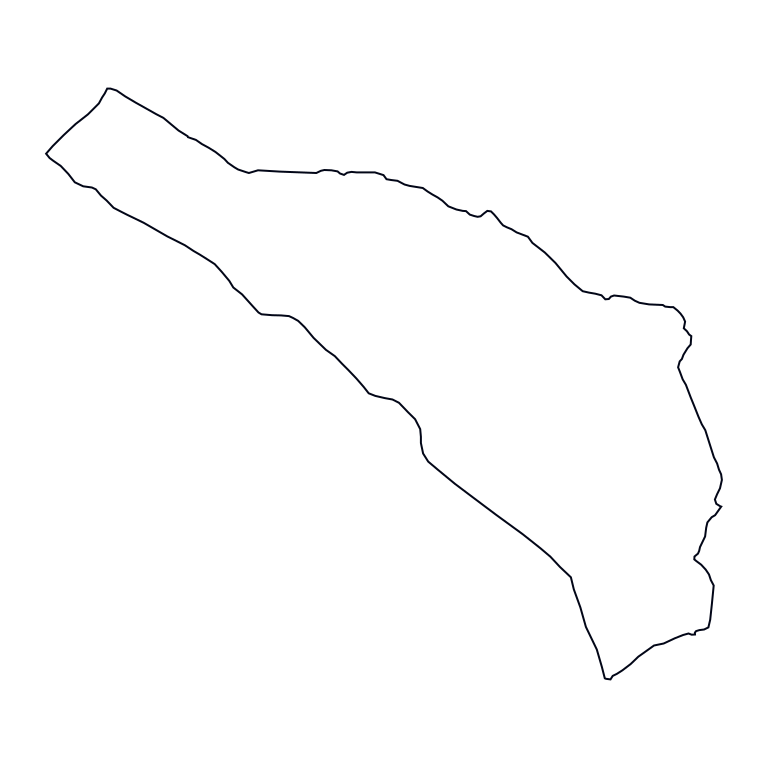 outline of Gällivare, Norrbotten, Sweden
{"feature_id": "70781695B62555588892194", "entity_name": "Gällivare", "entity_type": "district", "adm_level": 2, "iso_a3": "SWE", "parent_name": "Sweden", "parent_adm1": "Norrbotten", "projection": "mercator", "projection_center": [20.036, 67.205], "detail": "fine", "context": "isolated", "style": "outline", "palette": "ink", "viewbox_px": 768, "rotation_deg": 0, "n_neighbors": 0, "source": "geoboundaries", "source_scale": "gbopen_adm2", "svg_char_len": 2963}
<svg xmlns="http://www.w3.org/2000/svg" viewBox="0 0 768 768"><path d="M187.6,136.2L178.5,130.5L163.4,117.9L156.1,114.1L136.0,102.8L125.2,96.4L116.6,90.5L110.5,88.6L107.2,88.6L104.8,93.4L102.1,97.5L98.9,103.4L87.9,114.4L75.5,124.1L63.7,135.1L52.7,146.1L46.1,153.7L49.6,158.0L53.3,160.8L60.8,166.0L68.3,173.9L74.8,182.3L83.2,186.3L91.9,187.5L95.8,189.3L101.0,195.6L106.6,200.5L113.6,207.8L121.1,211.7L127.6,215.0L132.0,217.1L143.9,222.9L167.3,236.4L184.8,245.2L193.6,251.0L199.8,254.6L207.4,259.4L214.7,264.1L221.7,271.8L229.3,280.9L233.3,287.5L242.1,294.4L253.0,306.5L258.5,312.5L261.5,314.3L272.2,315.2L280.9,315.4L289.0,316.1L292.9,317.9L298.2,320.9L304.8,327.3L313.6,337.9L326.0,349.9L334.8,356.1L342.1,363.8L348.3,370.0L356.3,378.4L363.6,386.8L368.7,393.3L375.3,395.9L384.8,398.1L392.5,399.5L399.0,402.8L408.1,412.3L415.1,419.2L420.2,429.1L420.9,436.8L420.9,443.0L423.1,453.5L428.2,461.6L437.7,469.6L454.9,483.8L472.4,497.0L495.7,514.5L522.7,534.2L540.6,548.4L550.5,556.8L560.0,567.0L570.9,577.3L573.8,589.3L580.4,607.5L585.9,626.9L596.8,649.5L601.9,667.0L604.8,678.3L606.0,678.8L610.5,679.4L612.7,675.9L616.8,673.9L622.3,670.4L630.7,664.0L638.3,656.7L654.0,645.5L663.7,643.5L674.8,638.3L683.1,635.0L688.5,633.5L691.7,634.7L695.0,634.5L694.9,632.6L696.1,631.1L699.4,630.1L704.1,629.5L708.4,627.4L710.2,619.7L711.9,603.9L713.7,585.5L710.9,580.2L709.0,574.5L705.7,569.6L701.2,564.7L696.5,561.2L694.3,559.4L694.5,556.5L698.0,553.6L699.2,550.8L700.0,547.1L705.1,536.5L706.2,527.7L707.4,522.4L711.7,517.2L715.1,515.2L721.2,506.6L720.3,506.3L716.3,503.8L714.9,499.5L717.1,494.2L720.0,488.3L721.9,479.9L721.1,474.3L719.0,469.7L717.1,463.5L713.9,457.3L705.3,430.2L701.8,424.3L698.5,416.8L694.0,405.5L690.7,397.4L685.9,384.8L682.7,379.4L680.0,372.1L678.1,367.3L679.7,361.4L681.9,359.0L683.5,354.7L687.5,348.2L690.7,344.5L691.0,339.9L691.3,336.1L689.1,334.5L687.0,331.3L683.8,328.3L684.6,324.3L685.1,321.6L683.2,317.3L680.5,313.6L677.6,310.6L673.3,307.1L670.0,307.1L665.2,306.6L662.8,305.0L649.1,304.4L639.4,302.8L634.8,300.7L630.3,297.7L623.8,296.6L614.1,295.5L610.9,296.6L608.8,299.0L605.3,299.3L601.5,295.3L595.3,293.7L588.9,292.6L582.7,291.2L579.2,288.3L574.4,284.3L566.6,276.5L555.5,263.0L544.8,252.5L532.4,242.9L527.9,236.7L516.6,232.4L511.5,229.2L506.9,227.3L503.1,225.4L500.7,222.7L497.0,217.9L494.0,214.4L491.0,211.4L487.3,210.9L484.1,213.3L480.6,216.3L477.6,216.8L474.1,216.0L469.8,214.6L466.0,211.1L462.8,210.9L456.4,209.5L448.3,206.3L442.4,200.7L437.6,197.4L432.4,194.5L427.6,191.5L422.8,188.0L409.6,185.9L404.5,184.5L397.5,180.8L391.1,180.0L386.5,179.2L383.5,175.1L374.9,172.4L365.0,172.4L356.7,172.4L351.5,171.9L347.2,172.7L344.0,174.9L340.0,173.5L337.6,171.4L331.4,170.3L324.4,170.0L320.9,170.8L316.3,173.0L279.8,171.6L258.0,170.3L254.3,171.4L248.9,173.0L246.2,172.2L238.1,169.5L234.4,167.3L227.9,162.8L224.4,159.0L219.6,155.2L215.5,152.0L208.6,147.7L201.8,144.0L195.9,139.9L188.0,137.2L187.6,136.2Z" fill="none" stroke="#020617" stroke-width="2"/></svg>